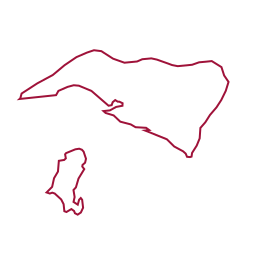 Kwail, Hwanghae-namdo, North Korea (Albers equal-area conic projection), rotated 264°
{"feature_id": "82179303B47267328602468", "entity_name": "Kwail", "entity_type": "district", "adm_level": 2, "iso_a3": "PRK", "parent_name": "North Korea", "parent_adm1": "Hwanghae-namdo", "projection": "albers", "projection_center": [124.924, 38.427], "detail": "fine", "context": "isolated", "style": "outline", "palette": "rose", "viewbox_px": 256, "rotation_deg": 264, "n_neighbors": 0, "source": "geoboundaries", "source_scale": "gbopen_adm2", "svg_char_len": 1453}
<svg xmlns="http://www.w3.org/2000/svg" viewBox="0 0 256 256"><g transform="rotate(264 128 128)"><path d="M185.8,212.4L185.9,205.6L184.2,198.4L184.2,192.9L184.3,183.9L186.0,178.4L187.8,174.8L193.0,163.9L194.8,158.5L194.9,149.4L193.2,144.0L193.3,131.3L198.5,120.4L205.7,111.4L207.2,109.6L208.9,102.3L207.3,95.1L203.9,84.2L197.1,71.5L188.6,58.8L181.9,42.5L173.4,25.8L168.8,24.0L168.2,23.2L168.2,59.9L172.2,62.7L175.2,72.2L176.2,78.5L175.2,83.6L168.7,95.5L168.2,96.0L152.2,111.0L152.4,114.1L155.3,115.5L157.1,118.2L155.3,120.5L155.1,122.1L153.2,125.2L150.7,124.8L150.2,118.4L147.4,111.8L147.4,105.4L145.3,107.3L142.0,115.1L141.6,115.4L135.1,121.0L131.3,131.1L128.0,135.6L126.3,146.0L123.8,148.8L123.7,144.7L112.7,165.5L104.8,172.0L100.4,178.4L99.1,180.3L96.5,182.7L93.2,183.7L92.6,186.6L92.9,188.2L96.5,189.1L103.3,194.5L110.2,198.2L120.5,200.0L125.6,205.5L132.4,210.9L139.3,218.2L146.1,223.7L154.7,229.1L163.3,232.8L170.2,229.1L178.8,227.3L185.8,218.3L185.8,212.4ZM102.9,61.2L102.6,55.8L92.0,53.8L85.8,49.2L77.4,46.4L72.4,40.3L71.0,43.4L71.6,45.9L70.5,48.3L69.9,48.8L63.9,54.1L59.0,56.0L51.9,56.0L50.9,58.0L53.3,63.2L51.1,65.7L48.8,66.3L47.1,68.9L48.9,72.3L53.4,75.0L61.4,74.9L63.3,73.7L61.8,71.9L57.0,70.0L60.2,66.1L64.9,67.7L72.0,67.3L74.4,70.0L82.9,73.5L91.7,80.2L94.4,78.5L96.0,78.9L98.0,81.7L101.8,83.0L109.1,81.4L111.2,79.9L112.5,77.3L112.3,73.4L109.5,63.8L108.4,62.7L104.3,63.0L102.9,61.2Z" fill="none" stroke="#9f1239" stroke-width="2"/></g></svg>